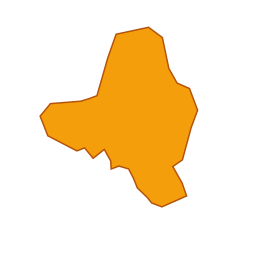 outline of Bukhara city, Bukhoro, Uzbekistan, rotated 151°
{"feature_id": "79887680B41570808134522", "entity_name": "Bukhara city", "entity_type": "district", "adm_level": 2, "iso_a3": "UZB", "parent_name": "Uzbekistan", "parent_adm1": "Bukhoro", "projection": "equal_earth", "projection_center": [64.424, 39.709], "detail": "fine", "context": "isolated", "style": "filled", "palette": "amber", "viewbox_px": 256, "rotation_deg": 151, "n_neighbors": 0, "source": "geoboundaries", "source_scale": "gbopen_adm2", "svg_char_len": 558}
<svg xmlns="http://www.w3.org/2000/svg" viewBox="0 0 256 256"><g transform="rotate(151 128 128)"><path d="M199.1,181.0L201.9,160.0L183.8,132.8L175.6,131.6L173.2,118.4L159.1,120.8L159.1,107.5L162.6,100.3L154.4,99.1L147.3,91.9L147.6,81.2L148.9,71.0L144.9,58.2L143.7,51.0L136.6,42.6L109.7,40.2L107.4,53.4L107.5,72.6L95.8,73.8L72.5,97.8L58.5,109.8L55.1,132.7L63.3,143.5L63.4,160.4L54.1,190.4L61.2,206.1L92.9,215.8L111.5,199.3L139.5,171.3L147.6,172.5L156.2,174.3L167.3,179.3L184.0,186.9L199.1,181.0Z" fill="#f59e0b" stroke="#b45309" stroke-width="1.5"/></g></svg>